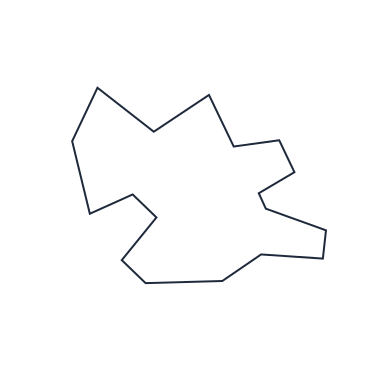 Bucharest, Natural Earth projection, rotated 314°
{"feature_id": "ROU-128", "entity_name": "Bucharest", "entity_type": "City", "adm_level": 1, "iso_a3": "ROU", "parent_name": "Romania", "parent_adm1": "", "projection": "natural_earth1", "projection_center": [26.1, 44.46], "detail": "fine", "context": "isolated", "style": "outline", "palette": "slate", "viewbox_px": 384, "rotation_deg": 314, "n_neighbors": 0, "source": "natural_earth", "source_scale": "10m", "svg_char_len": 389}
<svg xmlns="http://www.w3.org/2000/svg" viewBox="0 0 384 384"><g transform="rotate(314 192 192)"><path d="M201.3,51.6L208.8,122.6L273.6,136.8L253.7,190.4L289.8,218.8L277.4,251.9L237.5,240.9L231.3,256.7L257.5,315.0L235.0,332.4L195.1,285.1L149.0,275.6L94.2,221.9L94.2,188.8L149.0,184.1L149.0,151.0L105.4,133.6L145.3,70.5L201.3,51.6Z" fill="none" stroke="#1e293b" stroke-width="2"/></g></svg>